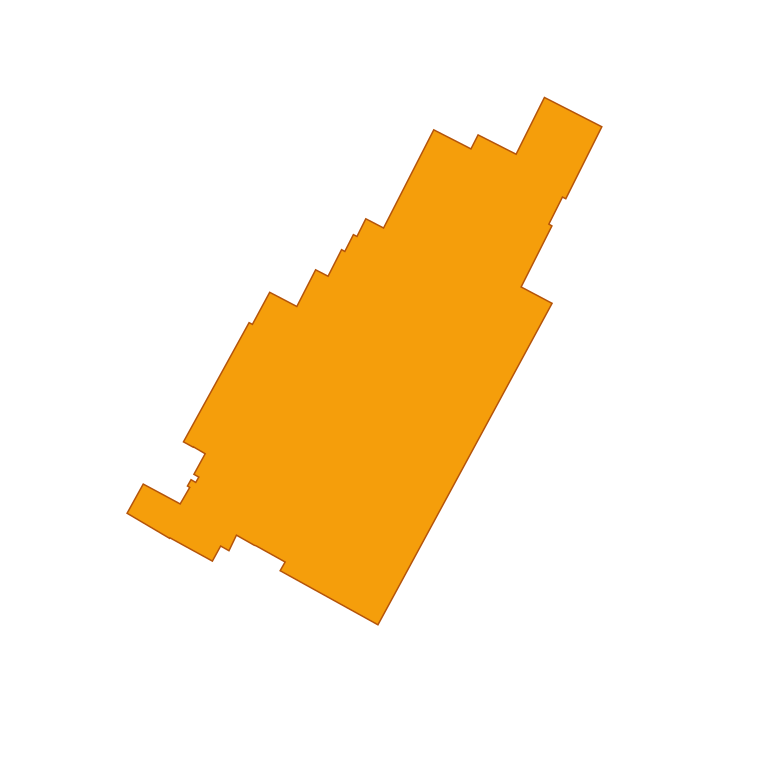 Hipólito Yrigoyen, Buenos Aires, Argentina, rotated 343°
{"feature_id": "61730980B95014527534109", "entity_name": "Hipólito Yrigoyen", "entity_type": "district", "adm_level": 2, "iso_a3": "ARG", "parent_name": "Argentina", "parent_adm1": "Buenos Aires", "projection": "mercator", "projection_center": [-61.733, -36.272], "detail": "fine", "context": "isolated", "style": "filled", "palette": "amber", "viewbox_px": 768, "rotation_deg": 343, "n_neighbors": 0, "source": "geoboundaries", "source_scale": "gbopen_adm2", "svg_char_len": 771}
<svg xmlns="http://www.w3.org/2000/svg" viewBox="0 0 768 768"><g transform="rotate(343 384 384)"><path d="M546.8,173.3L535.9,184.6L505.9,155.5L429.2,234.7L414.9,220.7L401.3,235.0L398.4,232.2L385.3,245.8L382.7,243.1L362.0,264.6L352.0,254.8L323.3,284.4L301.5,262.9L275.6,288.5L272.9,285.9L175.3,380.7L183.0,388.6L183.3,388.3L192.6,398.4L175.8,414.8L179.7,418.9L175.2,423.1L171.5,419.1L166.2,424.1L168.0,426.1L154.0,439.1L124.5,409.3L100.5,432.5L133.8,468.9L134.3,468.5L168.1,503.2L180.4,491.2L187.0,498.1L198.7,485.4L212.7,500.2L214.4,501.4L237.4,525.3L230.1,532.2L307.8,612.5L336.3,584.5L568.3,356.0L543.5,331.3L590.8,281.9L588.4,279.3L609.3,257.4L612.0,260.0L667.5,201.7L621.2,156.9L577.5,202.9L546.8,173.3Z" fill="#f59e0b" stroke="#b45309" stroke-width="1.5"/></g></svg>